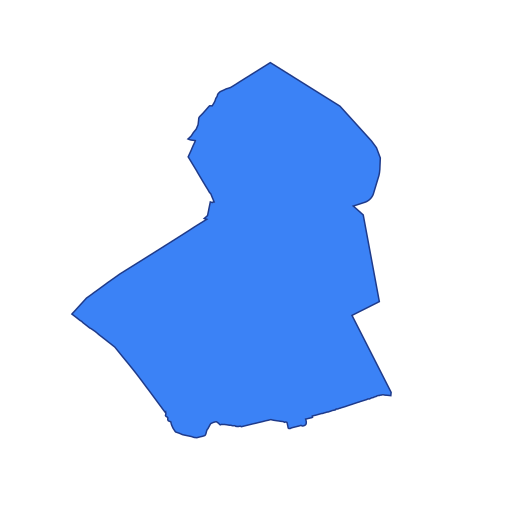 Harderwijk, Gelderland, Netherlands (Albers equal-area conic projection), rotated 104°
{"feature_id": "6326949B59221460076915", "entity_name": "Harderwijk", "entity_type": "district", "adm_level": 2, "iso_a3": "NLD", "parent_name": "Netherlands", "parent_adm1": "Gelderland", "projection": "albers", "projection_center": [5.663, 52.34], "detail": "fine", "context": "isolated", "style": "filled", "palette": "blue", "viewbox_px": 512, "rotation_deg": 104, "n_neighbors": 0, "source": "geoboundaries", "source_scale": "gbopen_adm2", "svg_char_len": 5733}
<svg xmlns="http://www.w3.org/2000/svg" viewBox="0 0 512 512"><g transform="rotate(104 256 256)"><path d="M64.9,288.9L85.4,308.7L90.6,313.7L96.3,319.1L98.2,321.0L99.0,321.9L99.0,322.0L100.2,323.9L101.0,325.3L101.4,325.8L102.2,326.7L104.4,329.5L105.2,330.5L105.3,330.6L107.4,331.9L107.7,332.0L108.3,332.2L108.6,332.3L108.9,332.3L110.2,332.3L110.5,332.4L111.1,332.5L112.2,332.9L112.6,333.1L115.4,333.3L116.9,333.6L120.9,334.8L121.5,337.4L122.2,337.8L123.3,338.4L130.5,342.1L134.5,344.5L135.7,344.8L136.0,344.9L137.9,344.6L138.5,344.5L142.3,344.0L142.8,344.0L146.7,344.6L147.3,344.7L148.2,345.1L151.3,346.6L154.9,347.8L155.7,348.2L158.9,350.3L159.1,349.1L159.2,347.5L159.2,347.2L159.1,346.4L158.7,342.8L158.8,342.8L159.1,342.8L160.0,342.9L160.4,342.9L160.6,343.0L161.2,343.1L161.8,343.2L162.5,343.4L162.8,343.4L163.2,343.5L163.5,343.6L164.1,343.7L166.6,344.1L167.1,344.2L168.1,344.3L175.2,345.6L176.2,345.8L188.1,333.8L188.7,333.3L195.8,326.3L200.4,321.7L203.0,319.0L205.6,316.5L206.6,314.9L209.1,313.1L213.7,309.7L214.2,310.9L214.3,311.0L214.5,311.1L214.7,311.3L214.6,311.6L214.7,312.5L214.6,313.4L222.1,313.1L223.7,313.0L226.2,312.9L228.5,312.8L232.1,315.3L232.3,312.7L242.4,322.5L245.1,325.0L247.7,327.4L250.0,329.6L267.5,346.3L282.6,360.8L285.2,363.3L306.1,383.5L317.7,393.5L319.8,395.2L323.4,398.2L328.8,402.7L329.8,403.6L334.9,407.8L337.8,410.3L354.3,419.2L356.4,420.4L356.9,420.6L358.4,417.1L360.2,413.1L361.1,411.1L361.6,409.3L362.5,407.9L365.9,400.3L366.2,399.5L366.4,398.4L368.0,394.1L368.2,393.6L370.5,389.0L372.9,383.5L375.1,378.6L378.5,371.0L386.5,360.4L392.2,352.7L398.7,344.2L404.4,337.1L405.1,336.2L406.2,334.9L410.0,330.3L411.8,328.0L425.1,311.9L425.3,311.6L426.7,310.0L429.8,306.1L429.3,305.9L430.0,305.6L430.8,305.3L431.4,305.2L432.5,305.3L432.7,305.2L433.1,304.9L433.3,304.6L433.5,304.1L433.7,303.5L433.8,303.1L434.0,302.8L434.2,302.5L434.5,302.4L434.8,302.3L435.9,302.1L436.2,302.0L436.5,301.8L436.8,301.5L437.1,301.2L437.2,300.7L437.3,300.3L437.4,299.5L437.4,299.0L437.5,298.6L438.8,297.9L439.6,297.5L440.8,296.7L442.2,295.6L443.1,294.9L445.7,292.1L446.0,291.7L446.2,291.4L446.2,291.1L446.5,287.9L446.6,287.1L447.1,284.2L447.1,282.6L446.8,275.3L446.8,274.7L447.0,272.7L447.0,271.8L446.8,270.8L446.8,270.3L446.7,270.1L446.7,269.7L446.5,269.2L445.1,266.7L443.9,264.3L443.1,263.0L442.6,262.3L442.4,262.1L442.0,261.9L441.7,261.8L441.2,261.7L440.2,261.6L439.6,261.6L437.8,261.6L436.9,261.5L436.4,261.4L436.2,261.4L435.3,260.9L435.0,260.8L434.0,260.6L433.0,260.3L432.1,260.1L431.5,259.9L430.9,259.8L430.5,259.7L430.0,259.5L429.5,259.3L429.2,258.9L427.9,257.3L426.9,255.6L426.5,254.7L426.4,254.4L426.4,254.2L427.3,252.0L427.6,251.4L428.0,250.9L428.3,250.5L428.4,250.1L428.4,249.6L428.3,249.4L427.8,249.0L427.4,247.1L427.1,246.0L427.0,245.2L426.8,243.6L426.7,241.7L426.6,241.0L426.6,240.9L426.6,240.6L426.4,240.0L426.3,239.7L426.3,239.4L426.3,238.7L426.4,238.2L426.3,237.4L426.3,237.2L425.9,236.2L425.8,235.5L425.8,235.3L426.0,235.0L426.1,234.7L426.2,234.1L426.2,233.9L426.0,233.6L425.9,233.5L425.9,233.4L425.9,233.1L425.9,232.6L425.9,232.2L425.6,231.8L425.6,231.6L425.2,230.8L425.0,230.3L424.9,229.9L424.9,229.7L425.2,229.1L425.2,228.9L423.9,226.5L422.1,223.1L419.4,218.0L418.5,216.1L417.0,213.3L415.0,209.4L413.5,206.7L412.3,204.2L411.9,203.5L411.3,202.4L411.2,202.2L411.1,201.8L411.1,201.5L411.1,201.2L411.2,200.7L411.1,200.1L411.1,199.3L411.1,199.0L410.8,196.0L410.5,193.4L410.5,192.6L410.4,191.9L410.1,189.7L410.1,189.3L410.2,189.0L410.4,188.5L410.5,188.2L410.4,188.1L410.2,187.8L410.0,187.5L410.0,187.3L409.9,187.1L409.9,186.5L409.9,186.2L409.9,185.9L410.1,185.6L410.3,185.5L413.5,183.9L414.4,183.5L415.0,183.2L415.3,182.9L415.4,182.6L415.4,182.3L415.3,181.8L415.0,180.9L414.9,180.7L414.5,180.4L414.3,180.3L414.2,180.2L414.1,179.8L413.4,178.6L413.2,178.2L412.4,176.7L411.3,174.6L411.0,174.1L410.8,173.6L409.9,172.1L409.5,171.5L409.5,171.3L409.5,171.1L409.5,170.8L409.6,170.6L409.7,170.4L409.7,170.1L409.7,169.7L409.5,169.3L409.4,169.0L408.9,168.2L408.5,167.7L408.3,167.5L407.9,167.2L407.4,166.9L407.2,166.9L406.8,166.8L406.1,166.8L405.2,167.0L404.7,167.1L404.1,167.4L402.9,168.0L402.2,168.4L401.5,166.9L400.9,165.8L399.5,163.1L398.9,162.2L398.7,162.1L398.2,162.5L397.7,162.7L396.8,161.2L396.2,159.9L393.6,155.4L393.0,154.3L392.8,153.8L392.7,153.3L391.9,152.1L391.6,151.6L391.4,151.3L391.2,150.8L390.5,149.8L390.4,149.5L390.1,148.9L390.0,148.5L390.0,148.4L388.9,146.7L388.7,146.4L388.3,145.7L387.7,145.0L387.3,144.2L387.1,143.8L386.9,143.5L386.7,142.8L386.5,142.6L386.2,142.1L385.9,141.8L386.0,141.7L385.8,141.5L385.7,141.5L385.4,141.5L385.2,141.2L384.9,140.8L384.8,140.0L384.7,139.8L384.6,139.6L384.1,138.9L383.7,138.4L383.5,138.1L383.4,137.8L383.3,137.5L383.2,137.4L382.7,136.7L382.0,135.5L381.1,134.0L380.9,133.6L379.8,131.9L379.4,131.3L377.3,128.0L376.8,127.1L376.1,126.1L374.4,123.4L373.3,121.7L372.6,120.4L371.9,119.5L371.4,118.6L371.1,118.1L368.9,114.5L368.7,114.1L368.5,113.8L368.1,113.5L367.6,112.7L367.4,112.2L367.4,111.8L367.4,111.6L367.2,111.3L367.1,111.1L366.7,110.7L366.2,110.1L365.6,109.5L365.5,109.3L365.3,108.5L365.1,108.2L364.4,107.4L363.7,106.4L363.5,106.0L363.4,105.7L363.2,105.4L362.7,105.0L362.3,104.5L362.0,104.0L361.9,103.7L361.7,103.4L361.6,102.7L361.4,102.4L361.1,102.1L360.9,101.6L360.7,100.9L360.2,100.1L359.9,99.2L359.8,98.5L359.8,97.7L359.8,96.9L359.7,96.7L359.6,96.4L359.2,93.7L358.9,91.4L355.6,91.9L290.4,148.5L270.4,125.3L190.2,161.9L184.0,173.7L177.3,163.0L176.8,162.3L176.1,161.5L175.5,160.9L174.8,160.3L174.1,159.7L173.0,159.0L171.5,158.2L170.1,157.7L169.1,157.4L168.0,157.2L166.6,157.1L150.1,156.3L148.4,156.2L145.9,156.3L144.9,156.4L142.0,156.8L139.6,157.3L130.8,159.1L121.8,165.3L116.5,171.7L90.3,210.8L64.9,288.9Z" fill="#3b82f6" stroke="#1e3a8a" stroke-width="1.5"/></g></svg>